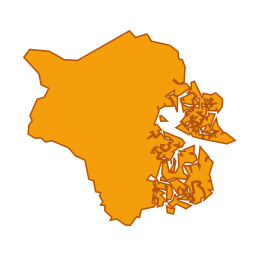 the district of San Lorenzo, Valle, Honduras, rotated 273°
{"feature_id": "27666195B73827570061080", "entity_name": "San Lorenzo", "entity_type": "district", "adm_level": 2, "iso_a3": "HND", "parent_name": "Honduras", "parent_adm1": "Valle", "projection": "orthographic", "projection_center": [-87.426, 13.441], "detail": "fine", "context": "isolated", "style": "filled", "palette": "amber", "viewbox_px": 256, "rotation_deg": 273, "n_neighbors": 0, "source": "geoboundaries", "source_scale": "gbopen_adm2", "svg_char_len": 5980}
<svg xmlns="http://www.w3.org/2000/svg" viewBox="0 0 256 256"><g transform="rotate(273 128 128)"><path d="M201.3,25.6L193.1,20.3L177.5,36.2L166.7,39.0L163.4,46.9L154.3,42.7L152.0,35.8L135.0,29.4L130.5,31.9L125.8,28.9L116.8,28.6L113.0,35.5L113.5,42.0L109.7,46.2L111.3,52.8L105.1,69.7L97.5,76.9L93.7,86.7L74.9,91.5L73.5,96.3L62.6,99.2L61.9,104.2L58.5,103.2L53.0,106.8L49.6,104.7L49.4,108.9L44.0,109.3L38.0,116.5L35.0,115.1L36.5,121.8L31.1,130.2L30.9,135.4L39.9,141.3L39.1,144.2L47.2,145.5L50.6,157.9L56.1,162.0L59.1,160.9L59.1,157.0L55.3,158.6L54.0,157.4L54.4,156.1L63.7,156.9L69.0,161.4L68.8,160.3L66.4,157.3L66.4,156.4L67.8,155.9L70.2,158.6L73.3,156.4L75.9,156.2L77.4,149.6L82.4,153.1L79.0,158.8L96.3,163.2L97.9,170.7L98.5,158.9L100.0,158.2L103.2,160.3L108.5,155.9L106.9,154.1L104.4,155.7L104.4,152.6L107.2,153.6L110.2,155.7L110.7,160.0L109.3,155.5L105.0,159.8L105.4,162.7L99.5,158.9L99.7,163.6L103.7,166.3L100.5,165.7L98.1,172.1L106.1,175.6L106.5,173.6L111.1,180.2L113.3,175.1L114.0,179.4L116.9,180.2L112.7,179.7L111.7,182.6L116.2,185.4L119.8,182.3L126.3,163.7L120.9,165.4L121.1,169.3L117.7,173.4L116.4,173.3L113.6,169.2L112.0,171.3L109.9,170.9L107.3,168.3L106.4,165.5L109.4,161.5L113.0,161.7L113.0,165.2L109.7,162.0L107.5,167.3L111.1,170.7L113.5,168.5L118.4,172.0L118.9,165.7L124.8,161.2L119.7,156.9L119.8,155.1L122.6,153.5L120.6,152.2L118.0,147.4L123.4,153.9L124.9,150.5L126.1,152.6L120.1,156.7L125.4,159.5L126.9,157.8L127.6,161.6L133.0,156.7L132.7,153.8L146.0,158.1L151.4,156.2L148.1,157.9L151.5,163.3L155.0,162.8L151.7,164.1L152.3,172.1L158.7,169.4L161.8,163.8L168.0,172.3L163.7,172.0L162.3,176.0L171.1,188.2L175.4,183.9L174.4,175.7L177.4,170.8L179.1,171.5L174.9,176.7L176.5,181.6L191.8,181.8L199.1,178.6L199.6,175.2L206.8,173.9L212.7,165.5L215.8,147.0L222.9,142.1L218.8,130.8L225.1,124.4L192.8,74.0L192.9,60.7L200.5,45.3L201.3,25.6ZM147.0,182.5L149.6,185.3L148.8,189.2L147.5,190.2L147.4,185.6L144.6,186.2L145.2,188.7L143.2,186.1L146.8,184.5L142.7,184.7L136.2,179.7L137.3,181.9L132.6,185.6L136.4,185.4L138.6,190.4L142.3,189.7L144.4,193.2L142.2,191.5L141.1,193.4L141.1,194.2L142.8,195.4L143.0,196.3L140.6,194.5L141.5,191.3L139.8,190.9L136.1,199.6L139.1,201.2L140.6,199.0L139.7,201.6L142.8,202.4L147.4,195.6L147.9,201.3L146.5,199.2L143.5,202.5L146.3,205.7L153.3,205.2L153.6,201.6L151.5,201.2L154.1,200.3L156.4,200.4L155.1,204.2L160.9,202.8L160.0,208.5L158.3,204.0L152.9,206.5L157.0,206.9L158.3,209.5L162.0,209.1L161.7,210.7L160.6,211.4L160.1,209.8L158.3,209.9L156.9,208.3L156.0,208.3L157.6,214.2L157.2,214.7L155.3,210.1L153.1,210.8L154.8,209.2L149.7,207.0L149.7,214.6L150.1,215.2L151.3,214.7L151.9,215.3L148.1,217.0L154.0,220.8L161.7,221.0L167.7,213.8L165.4,209.3L166.6,201.1L163.3,201.3L162.4,200.4L178.2,191.7L176.8,188.8L170.2,189.0L166.1,185.5L166.8,191.0L163.7,194.6L160.0,192.3L162.3,194.8L160.6,197.9L151.2,197.6L153.1,193.2L149.0,192.4L148.6,191.6L151.0,191.9L150.4,189.7L152.7,191.7L151.7,187.5L154.7,180.6L147.0,182.5ZM68.0,193.6L60.8,191.5L67.8,196.6L77.0,194.4L78.8,199.2L78.2,203.0L76.3,203.7L74.1,201.2L71.7,206.0L65.9,208.6L63.1,208.7L59.2,206.9L67.4,215.4L70.7,211.6L70.5,216.2L79.6,213.8L78.6,210.4L80.5,213.4L86.3,211.7L98.3,214.7L102.9,209.3L98.1,207.1L102.5,207.3L103.3,210.2L113.2,201.0L96.9,199.9L94.9,201.9L91.5,201.5L96.2,199.4L93.8,192.3L86.3,194.3L93.6,191.2L93.0,186.1L83.6,192.1L74.8,187.1L72.8,191.5L68.0,193.6ZM77.6,169.4L80.7,177.4L79.6,188.8L83.6,190.1L85.7,186.0L92.5,184.1L96.8,187.0L96.3,194.6L100.0,198.7L105.1,196.5L105.2,193.0L106.3,190.2L106.6,195.1L114.0,195.0L109.1,184.8L107.7,186.2L107.8,180.3L102.7,184.6L104.7,179.7L92.0,180.8L85.6,177.7L85.8,171.6L95.9,168.7L95.1,164.5L83.8,164.2L77.6,169.4ZM120.8,203.5L117.4,227.5L121.2,235.7L128.6,225.2L126.9,221.7L129.3,223.1L135.1,217.7L142.2,215.7L133.7,211.9L129.9,213.0L129.7,218.5L126.6,214.5L122.8,217.0L126.7,213.9L129.5,216.4L126.1,209.8L125.5,212.3L123.4,213.7L125.1,212.3L121.1,209.0L124.5,210.3L125.2,204.0L123.5,204.3L120.8,203.5ZM132.7,194.1L134.7,196.3L133.7,198.4L126.7,202.9L132.4,201.0L134.7,206.2L127.4,203.2L129.1,207.4L126.9,206.3L127.0,208.8L130.1,211.3L136.5,207.9L133.8,210.2L146.4,214.1L147.0,207.9L144.4,208.2L143.3,204.7L142.6,206.5L140.3,206.7L142.2,203.4L134.7,200.4L138.1,191.4L132.7,194.1ZM121.0,202.5L125.4,202.9L124.8,199.2L128.3,198.9L127.8,196.1L125.3,196.5L129.2,194.8L128.1,192.7L131.6,193.6L132.0,189.7L133.2,192.9L137.1,190.1L133.5,186.9L131.4,188.2L128.9,188.3L135.3,181.9L130.9,175.9L124.4,189.6L126.3,190.8L123.0,192.9L121.0,202.5ZM59.6,198.6L58.1,196.8L57.6,193.1L55.6,199.2L58.2,204.9L61.4,204.6L63.7,208.1L70.3,206.1L74.3,200.2L76.9,203.0L78.0,198.8L76.1,195.4L66.8,197.8L64.5,195.4L59.6,198.6ZM72.6,183.3L68.1,181.0L63.3,182.9L64.2,186.3L69.2,186.0L69.5,183.9L70.2,185.8L66.9,187.5L73.1,189.4L79.6,179.8L76.4,171.6L65.5,180.8L69.2,180.6L72.6,183.3ZM156.1,179.7L154.4,192.5L157.2,190.9L158.5,191.6L154.1,193.0L155.6,196.7L159.8,195.2L159.8,190.6L163.9,194.0L166.5,190.4L160.4,179.4L160.2,181.3L158.6,182.3L158.7,178.8L156.1,179.7ZM54.7,180.4L50.4,190.0L53.9,195.3L58.2,181.4L62.5,181.7L62.2,179.0L64.6,178.5L58.4,176.8L54.2,172.1L50.9,176.4L54.7,180.4ZM52.6,166.8L56.4,167.2L56.4,171.4L62.9,164.1L64.8,168.1L67.8,162.0L60.6,157.7L59.2,162.2L50.8,161.5L52.6,166.8ZM65.3,176.3L72.6,174.1L73.9,169.8L58.2,170.4L59.1,174.6L65.3,176.3ZM69.5,161.1L68.0,168.9L74.1,168.1L75.6,161.7L73.4,161.6L77.8,159.9L77.0,157.3L70.1,159.2L66.8,156.9L69.5,161.1ZM161.1,175.9L164.0,171.0L162.2,167.2L157.0,171.9L146.3,176.4L161.1,175.9ZM86.8,176.1L97.4,177.4L100.7,175.3L94.6,175.7L87.3,172.2L86.8,176.1ZM59.6,181.8L59.2,197.4L62.8,195.0L60.2,191.3L64.0,190.2L59.6,181.8ZM44.5,177.8L50.4,178.8L49.6,175.2L52.3,170.5L45.5,171.7L44.5,177.8ZM65.5,191.3L72.0,190.1L64.3,187.1L65.5,191.3ZM137.0,166.7L142.2,160.5L141.7,159.2L136.6,160.2L137.0,166.7ZM76.6,169.6L81.3,165.3L80.4,163.6L77.4,163.3L76.6,169.6ZM129.2,198.9L133.3,197.2L132.7,194.6L129.8,194.4L129.2,198.9ZM93.9,173.2L96.9,173.3L97.7,172.7L93.9,173.2Z" fill="#f59e0b" stroke="#b45309" stroke-width="1.5"/></g></svg>